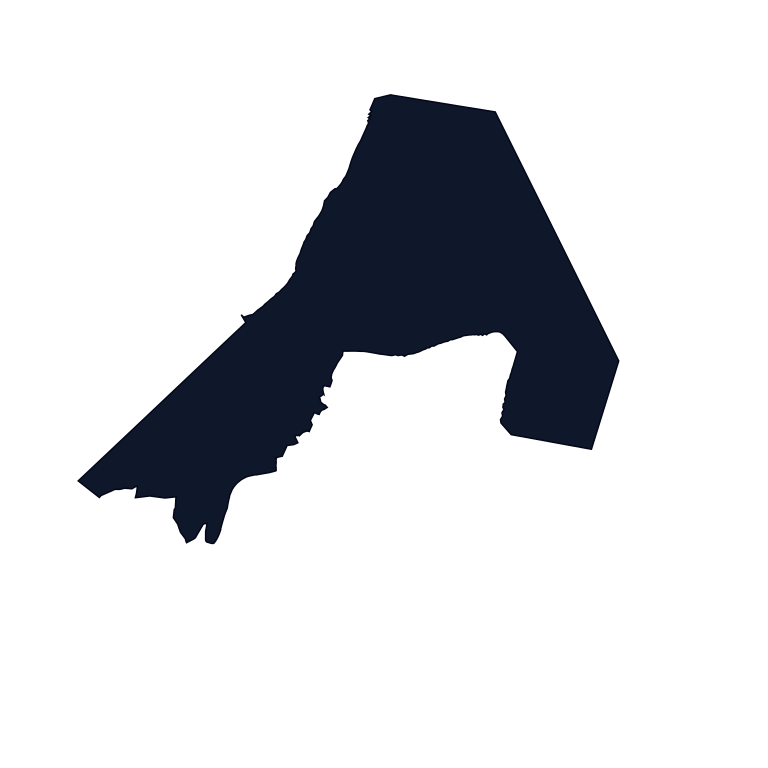 Vlissingen, Netherlands (Equal Earth projection), rotated 132°
{"feature_id": "6326949B17750517520147", "entity_name": "Vlissingen", "entity_type": "district", "adm_level": 2, "iso_a3": "NLD", "parent_name": "Netherlands", "parent_adm1": "", "projection": "equal_earth", "projection_center": [3.611, 51.495], "detail": "fine", "context": "isolated", "style": "filled", "palette": "ink", "viewbox_px": 768, "rotation_deg": 132, "n_neighbors": 0, "source": "geoboundaries", "source_scale": "gbopen_adm2", "svg_char_len": 5883}
<svg xmlns="http://www.w3.org/2000/svg" viewBox="0 0 768 768"><g transform="rotate(132 384 384)"><path d="M616.3,403.9L615.4,404.0L615.3,403.9L613.7,404.1L612.7,404.2L610.9,404.6L609.6,404.9L608.6,405.2L607.3,405.6L606.1,406.0L601.4,407.9L601.3,408.3L595.4,411.3L592.7,412.6L591.2,413.3L588.6,414.6L587.5,415.1L587.1,415.2L586.4,415.5L585.1,416.0L583.2,416.7L581.8,417.2L580.9,417.6L577.7,419.7L576.0,420.7L575.0,421.3L573.6,422.1L571.4,423.2L571.2,423.5L569.8,424.2L569.0,424.5L563.8,426.3L562.5,426.5L561.7,426.6L560.9,426.8L559.7,426.8L558.9,426.9L557.8,426.9L557.2,426.9L556.2,426.9L555.4,426.8L554.5,426.7L553.5,426.5L552.9,426.4L551.9,426.3L550.2,425.9L549.5,425.7L548.6,425.4L547.5,425.0L546.2,424.5L545.2,424.1L544.8,423.9L543.9,423.4L542.5,422.5L537.1,418.6L537.2,418.3L537.1,418.2L535.0,416.6L533.5,415.4L532.1,414.3L530.5,413.1L529.6,412.3L528.1,411.2L527.6,410.7L523.5,407.9L521.9,406.9L520.7,406.2L520.4,406.3L520.0,406.7L518.3,408.3L516.8,409.9L516.5,410.2L515.5,410.8L515.4,410.9L513.9,412.1L513.1,413.1L512.7,413.6L511.8,413.8L511.6,413.9L511.0,414.5L510.9,414.5L510.9,415.0L506.1,411.6L505.8,411.3L499.1,413.4L494.5,414.9L492.2,412.9L491.9,412.6L489.4,410.5L485.3,408.7L482.6,415.3L481.0,414.9L480.8,414.7L480.1,413.6L479.0,413.4L479.2,412.3L474.8,411.9L474.3,411.8L474.0,411.7L473.5,411.5L471.3,410.3L470.9,410.1L470.7,410.0L470.5,409.7L470.2,409.4L469.5,408.1L469.4,407.8L468.6,408.1L462.4,410.1L462.1,410.8L461.9,411.1L460.3,414.4L451.8,416.6L451.7,416.3L451.6,416.0L451.4,415.5L450.9,413.6L450.8,413.3L450.7,413.1L450.5,412.7L450.0,411.8L449.9,411.8L449.3,412.1L447.7,412.6L447.2,412.7L445.3,412.7L445.1,412.7L444.9,412.6L444.6,412.5L444.4,412.4L443.3,411.7L443.1,411.6L442.9,411.5L441.9,411.2L441.7,411.2L439.9,410.7L439.4,410.5L439.2,412.0L439.0,413.6L439.4,414.4L439.6,414.8L439.7,415.6L439.7,416.4L439.8,419.0L439.3,419.6L438.7,420.4L438.1,421.2L437.6,422.0L437.5,423.2L437.3,423.2L433.6,422.4L432.0,422.1L431.9,422.1L431.9,421.9L431.7,422.2L431.8,422.2L429.9,424.8L429.6,425.1L428.2,426.6L428.0,426.8L427.9,427.0L425.8,427.2L425.4,427.3L425.3,427.2L425.2,427.3L425.1,427.1L424.2,425.6L422.3,422.3L421.7,422.6L420.7,423.0L419.1,423.6L418.9,423.7L417.0,424.6L416.8,424.6L416.5,424.8L416.0,425.2L416.0,425.3L415.8,425.6L415.6,425.8L415.4,426.4L415.3,426.7L414.7,427.5L414.4,427.8L414.2,427.9L413.4,428.4L411.5,429.6L410.8,429.8L407.6,430.9L406.3,431.1L406.2,431.1L405.9,431.1L403.1,431.8L402.2,432.0L399.8,432.7L392.9,433.7L390.6,434.0L387.1,436.5L386.6,436.0L381.2,430.1L378.4,427.0L375.8,423.8L373.2,420.8L371.2,417.9L368.5,413.6L366.3,410.1L364.7,407.4L362.9,404.9L361.1,402.3L359.4,399.7L358.6,398.6L357.6,397.2L354.6,395.1L353.3,392.4L350.9,390.6L350.5,390.3L349.6,387.3L346.0,386.2L341.7,382.4L339.0,381.0L336.6,379.5L334.3,378.6L332.1,377.7L330.3,376.6L328.0,375.9L326.6,374.5L323.9,374.0L322.3,372.2L319.9,371.4L317.6,370.5L315.6,369.0L313.5,368.0L311.4,366.7L309.5,365.2L306.8,364.4L305.2,362.8L301.0,360.4L299.4,359.5L297.8,358.4L295.8,357.7L294.0,356.5L292.6,355.2L290.9,353.9L289.5,352.4L287.9,351.1L286.8,349.7L285.2,348.2L284.4,346.4L282.3,345.4L281.9,343.3L279.3,342.8L278.8,340.6L277.1,340.5L273.3,338.6L271.2,336.9L269.3,334.9L267.9,332.9L267.4,330.7L267.2,328.9L267.5,325.6L270.6,306.5L282.0,301.0L283.6,300.2L285.4,299.4L287.0,298.8L288.6,297.9L290.5,296.9L292.3,296.3L294.2,295.2L296.2,294.3L298.7,294.1L300.3,293.1L303.2,291.5L305.7,289.9L308.7,288.2L310.9,285.5L314.4,284.4L316.6,281.7L319.1,281.9L320.5,280.9L321.9,279.9L322.5,277.9L326.4,277.1L328.5,274.4L332.5,273.6L334.7,270.9L336.5,255.6L293.7,186.2L209.8,225.0L187.6,280.9L161.3,347.2L123.4,443.0L107.4,483.4L128.4,515.9L163.9,571.2L164.6,572.5L178.1,581.8L185.8,579.1L189.6,577.9L189.7,575.5L193.7,575.8L193.2,573.4L196.6,574.0L196.6,571.9L199.2,572.3L200.1,570.4L202.1,569.4L202.9,569.5L205.6,568.4L208.8,567.4L211.9,566.4L214.8,565.5L218.6,564.2L223.1,563.3L227.4,562.1L231.6,560.7L236.6,559.0L240.5,557.4L243.9,555.8L247.0,554.3L251.1,552.8L254.6,551.6L256.5,551.3L258.7,551.2L261.6,550.3L263.8,549.9L267.8,549.7L270.2,549.7L271.8,551.1L277.5,552.0L282.9,550.6L287.6,550.8L292.1,548.1L296.7,546.1L301.3,545.1L303.7,544.8L305.9,544.7L309.8,544.4L313.7,542.5L317.4,542.1L321.1,540.4L325.1,540.4L329.1,538.8L331.9,538.4L334.6,537.2L339.1,535.6L343.3,533.6L346.4,532.8L349.4,531.8L351.8,530.8L353.6,529.7L354.9,528.4L356.7,527.4L357.9,526.3L358.8,524.9L361.1,524.8L363.2,525.2L365.1,524.2L369.4,523.9L373.7,523.0L377.8,522.9L382.1,523.3L385.9,523.4L389.0,524.4L392.2,524.0L396.4,524.9L400.0,525.2L404.4,525.9L407.5,525.9L413.1,527.2L419.9,527.9L423.1,530.1L428.2,532.9L428.1,536.4L430.8,527.8L489.5,532.6L567.2,538.8L660.6,546.4L658.8,519.6L658.2,519.6L657.4,519.7L657.0,519.7L656.3,519.6L655.8,519.4L655.2,519.2L651.8,517.7L648.9,516.4L647.3,515.6L645.3,514.7L643.6,514.1L643.3,514.0L643.2,513.9L642.5,513.5L641.8,512.9L639.6,510.4L639.0,509.8L638.2,509.2L636.1,507.8L635.5,507.4L634.9,506.9L634.5,506.4L631.9,503.0L631.0,501.7L630.3,501.1L630.1,501.0L629.7,500.9L628.6,500.6L627.0,500.1L626.3,499.7L625.7,499.3L625.6,499.2L625.1,498.7L630.1,495.3L631.2,494.6L632.3,494.0L634.8,492.8L634.9,492.7L623.9,483.1L623.7,482.8L615.2,470.4L607.0,463.1L615.5,456.3L615.7,456.2L615.8,456.1L616.0,456.0L616.4,456.0L617.0,455.9L617.4,455.9L617.6,455.9L624.3,451.1L624.9,448.6L626.1,443.8L627.8,440.6L628.2,440.0L630.4,435.9L631.9,428.2L633.7,425.4L633.6,425.2L634.0,424.5L626.5,421.7L626.0,421.6L625.5,421.5L625.2,421.4L624.9,421.4L624.5,421.4L624.0,421.4L623.7,421.5L610.2,424.3L609.7,424.4L609.3,424.4L609.0,424.3L608.7,424.3L608.3,424.1L608.1,424.0L607.9,423.9L607.7,423.7L606.1,422.1L612.9,417.9L618.5,412.9L619.4,412.1L619.6,411.7L619.8,411.4L619.9,411.2L619.9,410.9L620.0,410.6L620.0,410.3L620.0,410.1L619.9,409.8L619.8,409.6L618.3,406.4L618.2,406.1L617.9,405.7L617.6,405.2L617.4,404.9L617.2,404.7L616.8,404.3L616.3,403.9Z" fill="#0f172a" stroke="#020617" stroke-width="1.5"/></g></svg>